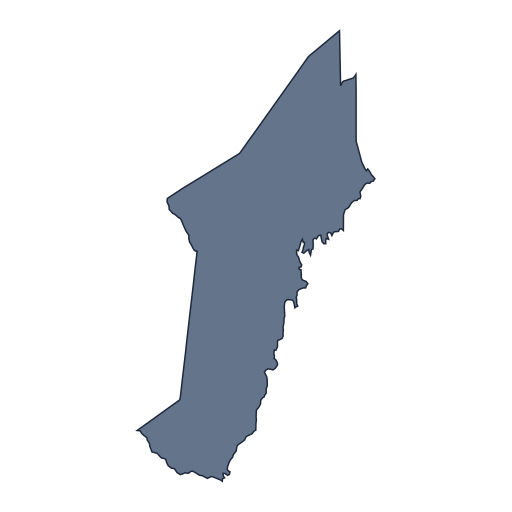 Pinheiro, Maranhão, Brazil
{"feature_id": "56859067B21077671086214", "entity_name": "Pinheiro", "entity_type": "district", "adm_level": 2, "iso_a3": "BRA", "parent_name": "Brazil", "parent_adm1": "Maranhão", "projection": "equal_earth", "projection_center": [-45.102, -2.495], "detail": "fine", "context": "isolated", "style": "filled", "palette": "slate", "viewbox_px": 512, "rotation_deg": 0, "n_neighbors": 0, "source": "geoboundaries", "source_scale": "gbopen_adm2", "svg_char_len": 3597}
<svg xmlns="http://www.w3.org/2000/svg" viewBox="0 0 512 512"><path d="M374.9,178.7L373.2,176.6L371.4,174.7L370.3,172.6L369.3,170.9L367.7,168.9L366.3,170.7L365.0,168.8L363.4,165.4L362.0,162.8L356.2,141.4L356.1,136.2L356.1,130.7L356.1,100.2L356.1,93.9L356.1,90.8L355.9,74.4L354.4,76.8L352.8,78.2L351.1,78.7L349.5,79.3L348.0,79.6L346.1,80.5L344.1,80.8L342.7,81.8L340.6,85.8L339.5,30.7L308.5,56.5L296.1,74.1L270.4,110.2L262.5,121.3L258.9,126.4L247.9,141.7L239.6,153.4L218.5,166.4L197.0,179.6L183.5,187.8L167.3,198.5L167.0,201.6L167.9,203.8L168.9,205.7L169.2,209.5L171.3,211.7L172.6,213.3L174.5,214.1L178.5,217.5L180.3,218.4L181.6,220.8L184.4,227.6L186.2,231.4L187.5,233.2L188.9,235.6L188.8,238.9L189.8,242.5L191.1,244.4L192.9,248.0L194.2,250.2L195.5,251.1L197.1,251.2L196.3,258.5L195.2,267.7L193.3,284.7L189.9,313.7L189.6,316.3L186.2,345.9L185.8,350.2L182.4,379.0L180.4,396.6L179.7,399.9L137.1,430.5L140.3,430.9L141.4,433.1L143.8,435.4L146.8,437.6L147.4,440.4L149.3,443.2L150.0,446.8L151.0,449.3L151.9,451.9L154.7,452.7L157.2,453.3L159.7,456.2L161.5,458.0L163.6,458.4L165.6,459.1L166.8,462.9L168.2,465.7L171.3,468.1L174.4,468.7L175.5,470.3L177.1,472.6L180.3,474.6L183.4,473.6L185.1,472.7L187.7,473.3L189.2,472.8L190.6,471.5L192.5,471.1L196.1,473.0L197.8,474.2L199.6,475.3L202.3,475.7L204.0,476.6L207.4,478.4L208.9,477.6L211.4,476.5L214.3,477.4L220.3,479.9L222.3,481.3L222.5,478.7L224.6,477.8L223.4,476.1L223.0,473.3L225.2,473.6L227.5,475.3L229.4,474.4L230.0,471.8L228.6,471.1L227.3,469.7L227.4,467.4L228.8,463.1L230.3,460.0L232.5,457.4L233.2,455.1L234.6,452.9L236.2,451.1L236.7,447.6L237.2,445.6L238.7,444.3L241.5,442.4L243.1,441.2L244.8,439.7L245.7,437.4L247.0,436.1L249.1,435.2L252.2,433.6L253.9,431.3L255.8,430.1L255.9,427.1L255.9,423.2L256.4,420.2L256.1,416.4L256.4,410.2L258.3,407.8L259.5,406.0L260.6,403.6L260.6,400.7L262.5,397.7L264.0,397.1L264.8,395.1L266.2,393.1L266.2,388.8L267.3,385.6L267.2,379.9L266.7,376.7L264.4,372.4L266.0,370.0L268.0,368.9L270.6,369.2L273.0,369.9L275.0,368.5L276.8,366.2L277.6,364.3L277.0,361.9L275.8,359.8L274.2,358.5L274.4,355.7L273.8,353.5L274.4,350.0L275.9,350.2L277.5,346.8L277.5,342.9L277.6,340.4L279.6,339.8L282.1,338.4L283.1,336.1L283.0,332.6L283.4,330.1L283.0,327.3L283.5,324.9L283.9,322.7L284.1,318.2L284.8,316.1L284.6,313.2L284.4,309.7L284.3,306.0L284.8,302.2L286.9,299.7L290.4,299.7L292.4,300.2L293.6,301.6L294.3,304.7L294.9,307.8L296.2,306.7L297.7,306.2L296.7,303.5L296.7,299.7L296.2,297.1L297.1,295.2L297.0,291.9L299.1,289.5L301.4,288.6L303.5,287.9L305.6,287.9L306.5,285.6L307.9,283.8L306.1,281.4L303.9,280.6L302.0,279.6L301.2,276.9L301.4,274.9L301.1,271.9L301.0,269.6L299.2,269.4L299.0,267.3L301.1,266.9L301.7,264.8L300.2,262.4L299.3,260.0L298.5,257.0L297.2,255.3L296.6,253.0L296.6,250.1L298.3,250.7L299.8,246.2L300.9,242.0L302.4,239.3L303.1,242.1L304.5,242.6L304.3,245.0L303.4,247.2L303.0,249.8L302.0,252.4L303.8,253.2L306.1,251.1L308.7,249.5L309.2,252.5L310.5,255.2L311.0,252.4L311.4,249.7L313.0,248.9L313.2,245.7L313.1,242.5L313.0,239.5L314.7,238.1L316.4,238.9L317.5,237.2L318.5,235.6L320.7,235.2L321.4,238.8L322.1,241.9L323.8,243.7L325.8,243.7L325.7,240.4L326.2,238.4L328.6,239.3L327.6,236.4L327.2,233.7L328.6,232.4L330.6,232.8L331.9,235.6L332.9,233.3L334.2,231.8L338.5,231.4L339.8,228.9L341.6,228.9L343.4,230.5L343.5,214.8L344.3,212.0L345.2,209.6L347.8,208.1L349.4,206.5L350.3,204.5L352.0,202.3L354.4,200.5L357.1,200.4L358.4,198.6L360.0,198.7L360.8,196.5L360.4,194.0L359.9,191.9L361.7,189.5L363.3,187.1L364.3,185.3L365.8,183.7L367.6,183.0L369.7,183.3L371.1,181.6L373.2,181.2L374.9,178.7Z" fill="#64748b" stroke="#1e293b" stroke-width="1.5"/></svg>